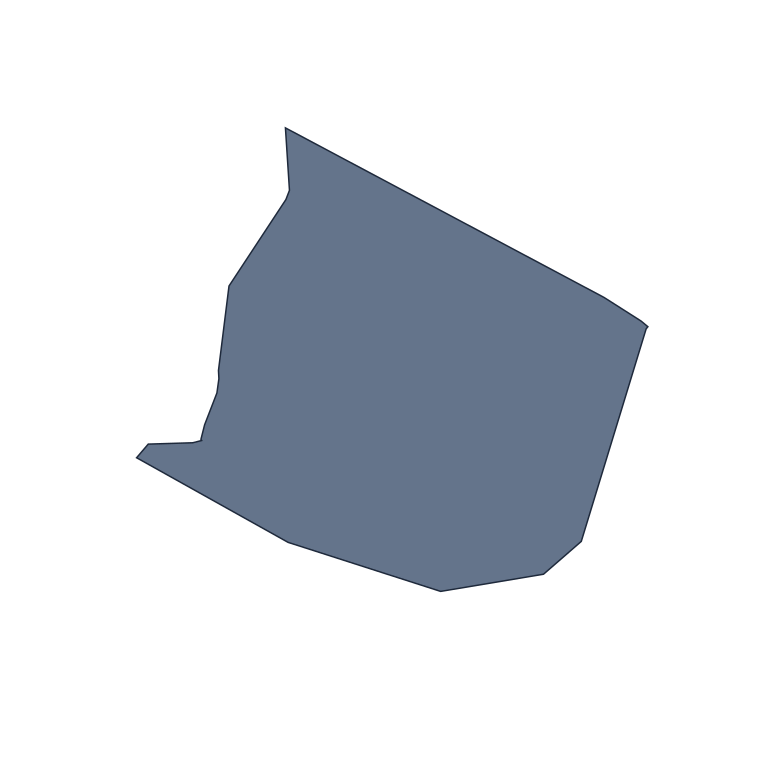 the border of Saint Michael, rotated 315°
{"feature_id": "BRB-1996", "entity_name": "Saint Michael", "entity_type": "Parish", "adm_level": 1, "iso_a3": "BRB", "parent_name": "Barbados", "parent_adm1": "", "projection": "orthographic", "projection_center": [-59.609, 13.123], "detail": "fine", "context": "isolated", "style": "filled", "palette": "slate", "viewbox_px": 768, "rotation_deg": 315, "n_neighbors": 0, "source": "natural_earth", "source_scale": "10m", "svg_char_len": 435}
<svg xmlns="http://www.w3.org/2000/svg" viewBox="0 0 768 768"><g transform="rotate(315 384 384)"><path d="M412.2,634.8L362.3,631.3L277.4,570.7L204.2,428.2L156.9,261.2L174.8,259.8L207.2,290.3L215.1,295.0L215.4,293.7L228.3,286.0L259.5,272.2L271.0,263.5L276.5,257.4L343.7,205.1L445.1,184.2L454.1,180.2L495.4,133.2L600.8,478.4L610.3,521.3L611.1,530.1L608.3,530.4L412.2,634.8Z" fill="#64748b" stroke="#1e293b" stroke-width="1.5"/></g></svg>